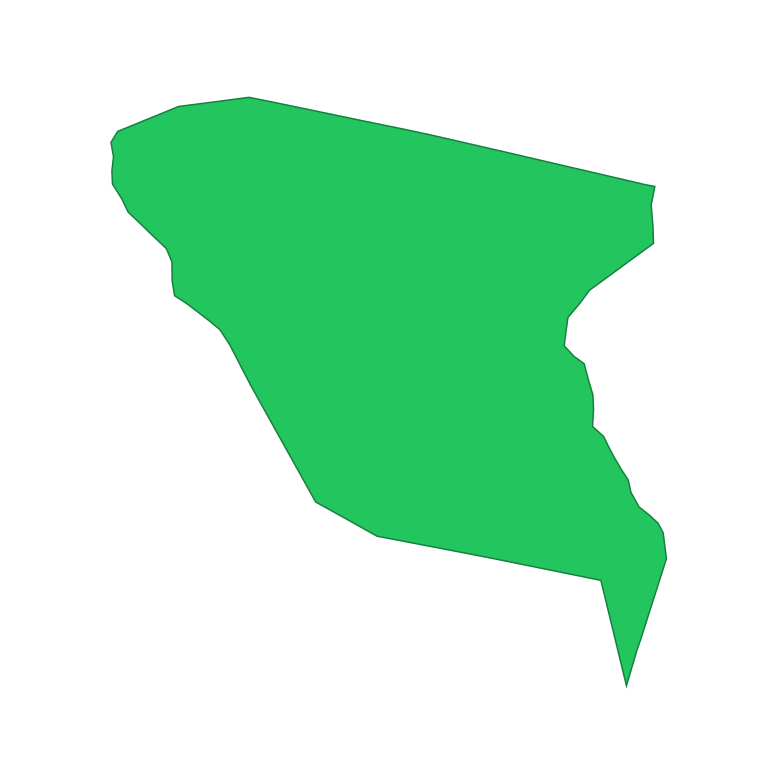 Amélia Rodrigues, Bahia, Brazil (Albers equal-area conic projection), rotated 8°
{"feature_id": "56859067B5389964969213", "entity_name": "Amélia Rodrigues", "entity_type": "district", "adm_level": 2, "iso_a3": "BRA", "parent_name": "Brazil", "parent_adm1": "Bahia", "projection": "albers", "projection_center": [-38.712, -12.439], "detail": "fine", "context": "isolated", "style": "filled", "palette": "green", "viewbox_px": 768, "rotation_deg": 8, "n_neighbors": 0, "source": "geoboundaries", "source_scale": "gbopen_adm2", "svg_char_len": 931}
<svg xmlns="http://www.w3.org/2000/svg" viewBox="0 0 768 768"><g transform="rotate(8 384 384)"><path d="M624.7,150.7L614.7,150.2L458.7,136.3L397.0,131.0L376.8,129.5L321.3,126.0L245.0,121.0L210.5,118.9L141.9,137.8L85.1,170.9L80.0,182.7L84.5,196.6L84.9,211.0L87.3,223.8L98.7,237.3L106.8,249.5L119.4,258.4L131.5,267.3L149.6,280.2L157.0,292.6L159.8,311.1L164.3,325.7L176.8,331.5L188.3,337.9L200.8,345.0L213.8,352.9L225.9,366.8L252.1,403.8L332.8,510.4L361.7,521.5L398.3,535.7L498.6,540.7L515.6,541.6L626.1,548.3L666.1,649.1L671.6,612.1L673.7,601.5L688.0,517.7L683.9,502.6L681.2,492.6L674.8,483.7L666.1,477.6L653.6,470.2L643.6,456.9L639.3,445.2L631.3,436.0L623.4,426.2L614.9,414.5L608.7,405.3L596.4,397.0L595.1,380.3L592.4,365.7L585.8,351.3L579.4,336.1L568.6,330.4L557.1,321.1L556.9,306.1L556.9,292.6L566.9,276.5L574.5,262.5L631.3,207.2L628.5,190.9L623.7,169.6L624.7,150.7Z" fill="#22c55e" stroke="#15803d" stroke-width="1.5"/></g></svg>